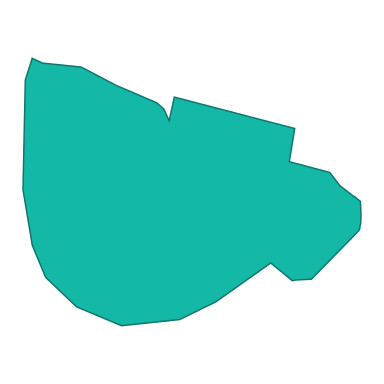 Gokwe South Urban, Midlands, Zimbabwe
{"feature_id": "62879985B9450607738823", "entity_name": "Gokwe South Urban", "entity_type": "district", "adm_level": 2, "iso_a3": "ZWE", "parent_name": "Zimbabwe", "parent_adm1": "Midlands", "projection": "equal_earth", "projection_center": [28.956, -18.22], "detail": "fine", "context": "isolated", "style": "filled", "palette": "teal", "viewbox_px": 384, "rotation_deg": 0, "n_neighbors": 0, "source": "geoboundaries", "source_scale": "gbopen_adm2", "svg_char_len": 775}
<svg xmlns="http://www.w3.org/2000/svg" viewBox="0 0 384 384"><path d="M25.3,80.1L23.0,189.7L30.6,235.2L32.3,245.3L45.6,277.3L76.6,306.9L121.5,325.7L149.1,322.8L179.7,319.5L201.1,309.0L215.9,301.8L270.0,263.5L270.7,263.0L292.4,280.8L293.5,280.4L294.1,280.3L296.1,280.0L311.4,279.2L358.9,230.6L358.9,230.1L359.3,229.6L359.7,229.2L359.6,228.2L360.0,227.3L360.0,225.9L360.3,225.4L360.3,224.5L360.7,224.0L360.7,223.5L361.0,215.6L361.0,215.1L360.9,213.7L360.9,211.8L360.5,203.9L360.5,203.4L360.4,202.0L360.4,201.5L354.5,196.5L353.8,196.5L339.8,185.6L339.5,185.1L329.8,172.5L289.3,161.7L294.7,128.5L269.7,122.0L174.3,97.1L169.2,120.7L168.6,119.5L163.8,109.0L156.7,102.8L115.7,85.2L81.3,67.1L42.5,63.1L32.2,58.3L25.3,80.1Z" fill="#14b8a6" stroke="#0f766e" stroke-width="1.5"/></svg>